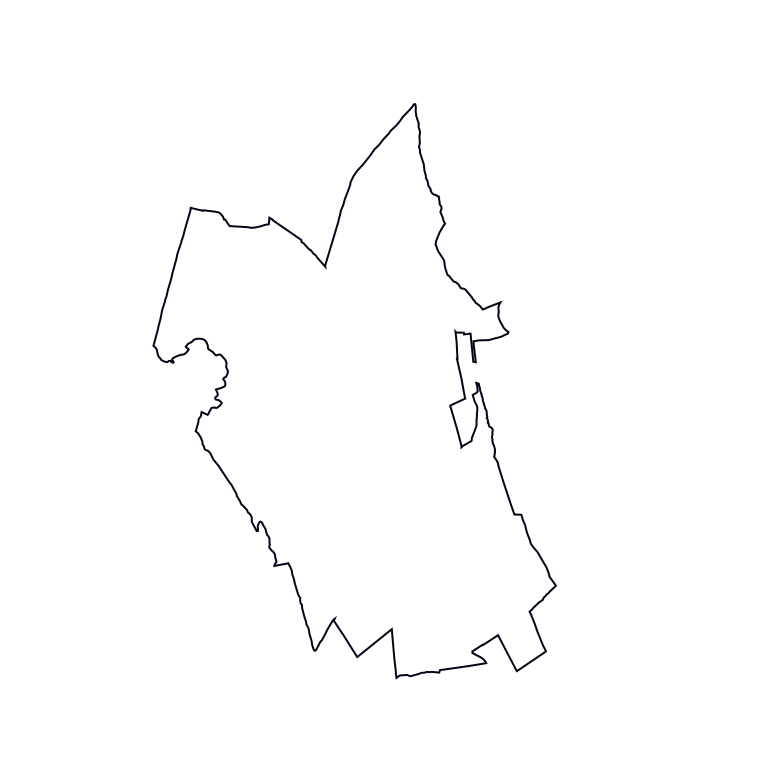 the district of Prajeni, Botosani, Romania, rotated 199°
{"feature_id": "2599482B83744359895474", "entity_name": "Prajeni", "entity_type": "district", "adm_level": 2, "iso_a3": "ROU", "parent_name": "Romania", "parent_adm1": "Botosani", "projection": "orthographic", "projection_center": [27.028, 47.48], "detail": "fine", "context": "isolated", "style": "outline", "palette": "ink", "viewbox_px": 768, "rotation_deg": 199, "n_neighbors": 0, "source": "geoboundaries", "source_scale": "gbopen_adm2", "svg_char_len": 6166}
<svg xmlns="http://www.w3.org/2000/svg" viewBox="0 0 768 768"><g transform="rotate(199 384 384)"><path d="M143.9,183.7L144.3,184.5L148.3,188.3L157.9,199.3L163.3,206.2L169.9,213.9L172.3,216.2L170.8,218.6L170.1,220.6L166.4,227.8L163.6,231.5L163.4,234.1L162.3,236.2L161.6,238.2L160.8,239.0L159.2,242.7L155.7,249.2L165.0,255.9L165.3,256.2L165.4,257.1L170.5,263.3L182.8,273.9L184.2,275.1L189.5,278.1L193.1,280.7L195.3,283.9L200.6,290.2L204.7,296.6L208.2,300.3L211.5,305.1L218.2,303.1L225.6,312.4L239.8,331.1L249.4,344.2L250.4,346.1L252.0,347.9L256.2,351.0L256.1,352.3L256.5,352.8L256.8,355.8L257.3,356.5L257.6,358.1L259.6,360.9L259.6,361.2L261.5,362.9L263.1,365.8L263.3,366.8L264.5,368.6L265.1,372.0L266.0,374.0L265.9,375.2L266.2,375.8L267.2,377.2L268.8,377.8L270.5,378.0L271.5,379.2L272.3,380.8L273.3,381.1L273.5,382.7L274.7,384.5L275.8,385.2L275.6,386.6L276.4,387.5L276.5,388.2L276.9,388.6L277.3,389.9L278.4,392.1L280.9,394.4L281.4,395.6L282.8,397.1L283.1,398.1L284.4,399.3L285.5,401.2L285.9,402.4L288.0,405.0L288.6,406.5L289.2,406.8L290.8,408.9L292.1,411.5L293.8,413.8L294.0,414.5L294.6,415.2L297.1,415.1L295.4,412.7L293.2,408.0L293.1,407.2L293.6,405.7L296.6,402.6L292.6,397.0L288.8,393.4L287.2,389.8L286.6,386.5L285.8,384.3L284.4,378.7L283.8,377.5L283.0,374.8L282.9,372.0L283.3,363.0L283.2,360.9L282.7,359.2L282.8,358.5L289.3,351.1L290.1,349.3L291.1,351.5L300.7,365.8L314.4,385.1L302.4,396.7L302.9,397.2L312.7,414.6L323.2,431.5L322.7,431.6L329.0,447.3L333.4,456.7L332.7,456.3L331.5,456.5L325.2,458.5L324.5,456.9L318.6,459.8L306.8,434.1L304.3,434.5L311.8,450.1L313.2,453.6L308.3,456.2L299.2,459.6L293.4,463.7L292.3,464.2L287.9,467.4L285.2,470.3L283.4,471.7L283.1,472.8L283.3,473.8L285.2,474.1L289.1,476.1L294.7,481.1L297.7,484.7L298.4,486.4L298.9,489.4L300.8,493.6L300.9,497.0L300.5,499.0L310.0,491.0L314.7,486.6L318.6,488.9L322.1,490.2L323.5,490.4L325.7,492.3L327.4,493.0L329.2,494.6L337.8,499.8L339.1,500.1L342.3,499.6L342.8,499.8L346.0,502.4L348.9,503.5L351.6,503.6L357.9,507.5L359.2,507.7L360.1,508.6L363.7,513.3L365.9,517.2L366.3,518.7L368.2,521.1L376.4,527.5L379.6,531.6L380.6,532.5L381.3,535.9L380.8,545.2L379.2,553.5L378.4,555.4L380.3,557.1L383.3,561.3L386.3,564.5L386.7,565.4L386.8,566.3L386.5,567.2L387.1,569.8L387.6,570.4L389.1,571.4L389.6,572.2L390.5,572.9L390.5,573.9L391.7,575.9L392.9,578.8L393.3,579.1L394.4,578.8L395.6,579.5L398.8,579.4L400.9,580.1L402.7,581.9L403.0,582.8L403.5,583.5L406.4,585.7L409.1,590.3L411.0,591.9L413.0,595.8L415.1,598.6L417.8,604.5L425.1,614.2L426.6,617.7L428.0,619.2L428.4,622.4L428.9,624.4L431.4,630.3L431.3,631.4L432.0,634.2L434.9,638.1L435.9,641.5L441.1,648.4L441.4,649.6L442.2,650.7L442.9,652.4L443.9,655.8L445.5,658.7L446.3,658.6L446.8,658.1L447.5,655.3L449.1,651.3L453.3,642.3L454.1,639.0L455.2,635.8L456.9,631.7L460.1,625.7L461.1,622.1L464.0,615.8L466.6,608.2L469.5,602.6L471.3,595.8L475.7,583.7L478.8,576.9L480.5,570.6L481.3,563.9L480.8,561.5L480.8,556.2L481.2,545.7L480.8,540.1L481.2,534.1L480.6,529.4L480.4,525.4L480.0,522.9L478.2,477.1L477.6,475.7L488.0,481.6L490.1,483.2L493.4,484.4L496.3,486.4L499.2,487.2L506.1,491.0L508.2,491.4L509.1,493.3L542.1,502.5L542.3,503.0L546.5,503.9L544.9,497.5L548.2,495.8L552.3,492.7L557.7,489.5L559.2,489.1L560.5,488.3L563.1,488.1L581.3,483.1L584.0,484.8L587.4,487.7L588.8,487.4L590.7,489.8L594.2,491.9L595.8,492.4L600.1,491.9L611.6,489.4L611.6,488.8L624.1,487.6L623.5,484.6L622.6,466.0L622.0,458.4L622.1,457.0L621.9,455.5L622.1,454.0L621.8,452.6L621.7,439.3L621.0,434.6L620.2,420.9L619.5,414.8L618.9,402.4L618.2,396.1L618.3,393.2L618.0,390.9L617.8,381.6L616.5,372.3L616.0,365.0L615.6,362.9L614.4,345.0L612.0,344.0L610.1,342.6L607.2,337.8L605.8,336.4L603.7,335.3L602.4,334.2L599.5,333.7L596.5,334.0L595.6,334.6L594.9,335.8L593.7,336.3L591.7,335.4L590.1,335.6L590.0,336.2L590.9,337.0L591.6,336.9L592.1,337.3L592.3,338.5L592.0,339.4L591.2,340.6L587.8,343.8L586.5,344.6L586.0,345.3L583.8,346.2L582.6,347.2L581.1,349.2L580.5,351.3L579.9,352.5L579.9,353.1L580.1,353.3L583.2,354.3L583.5,354.7L582.6,357.7L581.4,359.3L579.9,360.5L577.9,364.3L574.9,366.2L571.1,367.3L569.4,367.4L567.3,366.9L565.3,365.5L563.2,363.1L562.1,360.5L560.9,359.7L556.0,358.4L552.9,356.5L551.9,356.4L550.1,357.8L548.7,358.4L547.5,358.3L541.8,355.1L539.7,352.6L538.7,348.5L536.4,346.1L535.4,344.6L535.4,341.2L535.7,339.3L536.2,338.7L537.0,338.2L537.6,337.1L537.6,336.2L535.2,334.6L534.2,333.0L533.6,330.8L533.9,330.0L534.9,328.8L536.9,327.0L541.1,324.1L538.2,320.9L537.7,319.8L537.7,318.7L539.2,316.3L538.9,315.3L538.1,314.6L534.4,314.9L531.2,313.3L531.4,311.9L533.1,308.5L534.4,306.9L535.9,306.5L536.7,306.6L539.2,305.3L540.1,301.1L540.2,299.0L540.7,297.4L547.3,298.1L546.6,294.0L547.8,290.5L547.1,287.3L546.6,278.0L543.9,277.0L540.2,274.1L536.9,270.3L535.9,267.8L534.1,266.5L532.5,264.2L531.5,263.6L528.6,263.5L525.8,262.1L520.7,257.0L514.0,252.9L499.6,241.8L495.1,238.7L487.6,231.9L486.8,230.3L482.1,226.4L479.8,223.8L477.4,222.9L472.6,220.3L470.8,218.3L467.9,217.1L465.5,214.7L464.4,211.2L463.5,210.0L456.4,203.4L455.3,204.1L457.2,208.8L456.9,212.0L456.6,213.2L456.2,213.6L454.7,213.5L454.1,213.1L452.1,211.0L449.3,208.8L445.4,203.2L443.8,202.5L441.9,200.4L440.3,196.0L439.7,195.2L439.6,193.0L439.1,191.9L436.5,190.2L433.4,188.9L431.8,187.5L430.1,184.2L428.0,181.4L427.8,180.9L428.7,177.0L428.5,176.2L416.0,183.4L415.0,182.1L413.5,181.0L410.3,177.3L408.8,174.3L405.5,170.0L403.6,166.7L397.1,157.7L395.2,155.6L393.5,154.5L393.1,152.7L391.9,150.3L391.1,149.3L389.6,148.4L388.5,145.5L383.0,137.3L380.3,133.9L379.1,131.4L376.3,128.9L374.0,125.4L373.4,123.9L368.7,117.3L366.9,113.8L364.2,110.2L363.3,109.4L362.3,109.3L362.0,109.6L361.6,110.6L360.2,119.7L359.3,121.5L358.0,129.3L357.7,132.6L355.8,142.0L355.0,144.7L354.2,145.9L354.3,144.1L353.9,143.5L339.9,132.8L320.4,117.1L296.8,154.7L284.5,127.0L279.7,117.1L278.5,114.1L276.5,110.2L274.5,113.1L273.4,113.9L267.3,116.5L265.5,116.2L263.6,116.5L256.5,121.3L254.7,123.0L252.0,124.1L249.4,125.9L246.9,126.4L245.0,127.4L237.8,129.1L237.9,131.6L237.7,131.8L211.3,145.3L196.5,153.3L197.6,154.4L200.3,156.1L203.2,157.0L212.8,158.4L212.9,159.0L213.4,159.9L205.6,169.9L205.2,169.6L194.4,183.6L164.9,155.7L143.9,183.7Z" fill="none" stroke="#020617" stroke-width="2"/></g></svg>